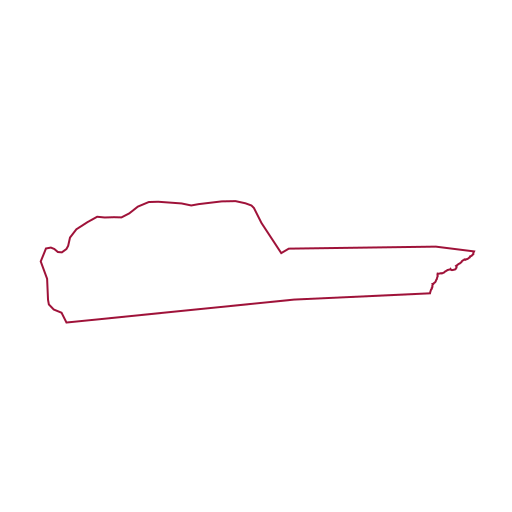 Ngeriungs, Ngeremlengui, Palau, rotated 346°
{"feature_id": "81905179B87089550714781", "entity_name": "Ngeriungs", "entity_type": "district", "adm_level": 2, "iso_a3": "PLW", "parent_name": "Palau", "parent_adm1": "Ngeremlengui", "projection": "mercator", "projection_center": [134.606, 7.483], "detail": "fine", "context": "isolated", "style": "outline", "palette": "rose", "viewbox_px": 512, "rotation_deg": 346, "n_neighbors": 0, "source": "geoboundaries", "source_scale": "gbopen_adm2", "svg_char_len": 1817}
<svg xmlns="http://www.w3.org/2000/svg" viewBox="0 0 512 512"><g transform="rotate(346 256 256)"><path d="M120.2,182.4L118.4,182.0L111.4,179.5L100.9,182.3L88.2,186.6L80.0,193.1L76.2,200.7L73.7,203.4L68.5,205.5L64.7,204.2L62.0,200.4L59.0,198.2L54.0,197.9L51.8,201.0L45.8,209.2L47.8,227.6L43.6,248.2L43.3,252.9L46.8,259.0L53.6,264.0L56.0,274.7L282.4,307.5L415.8,334.3L416.4,333.1L417.7,331.0L418.3,330.7L418.7,329.7L419.0,329.7L419.8,328.5L419.7,328.0L419.9,327.5L420.2,326.9L420.7,326.5L420.6,325.8L421.5,325.9L422.0,325.4L422.5,325.2L423.0,325.0L423.6,324.7L424.3,324.0L424.8,323.1L425.9,322.1L426.0,321.7L426.9,320.2L427.4,319.6L427.5,319.2L427.4,319.0L427.6,317.8L428.0,317.0L428.9,317.4L429.8,317.4L430.8,317.5L431.4,317.4L431.6,317.7L432.1,317.9L433.2,317.7L434.5,317.5L435.7,316.8L436.3,316.7L436.8,316.5L437.4,316.4L438.4,315.9L439.4,316.0L440.2,315.9L441.2,316.0L441.6,315.7L441.7,316.1L441.9,316.6L442.2,316.8L442.7,317.1L443.7,317.2L445.2,317.2L446.0,317.2L446.7,316.8L447.0,316.3L447.4,316.1L447.7,315.8L447.9,315.3L448.1,314.8L447.9,314.4L447.7,314.0L448.2,313.8L448.4,313.7L449.1,313.5L450.4,312.9L450.6,312.7L451.0,312.7L452.0,312.5L452.4,312.3L453.1,311.9L453.6,311.8L453.9,311.6L454.3,311.1L454.8,310.7L455.8,310.3L456.8,310.2L457.3,309.8L457.6,309.9L457.9,309.8L458.3,310.2L458.5,310.0L459.1,310.2L459.6,310.0L460.3,310.1L460.9,309.9L461.9,309.5L462.5,309.1L463.0,309.1L463.4,308.7L463.6,308.2L464.2,308.2L464.6,308.0L465.1,308.0L465.6,307.8L466.0,307.4L466.4,307.3L467.4,306.7L467.4,306.1L467.7,305.5L468.7,304.3L432.7,290.4L289.6,256.8L281.2,259.3L269.3,225.3L265.6,208.9L263.8,205.9L258.5,202.3L249.4,197.8L235.9,194.7L212.9,191.8L205.4,191.3L196.5,187.0L174.2,179.7L165.0,177.7L153.3,179.5L143.3,184.0L134.8,186.0L127.6,184.0L120.2,182.4Z" fill="none" stroke="#9f1239" stroke-width="2"/></g></svg>